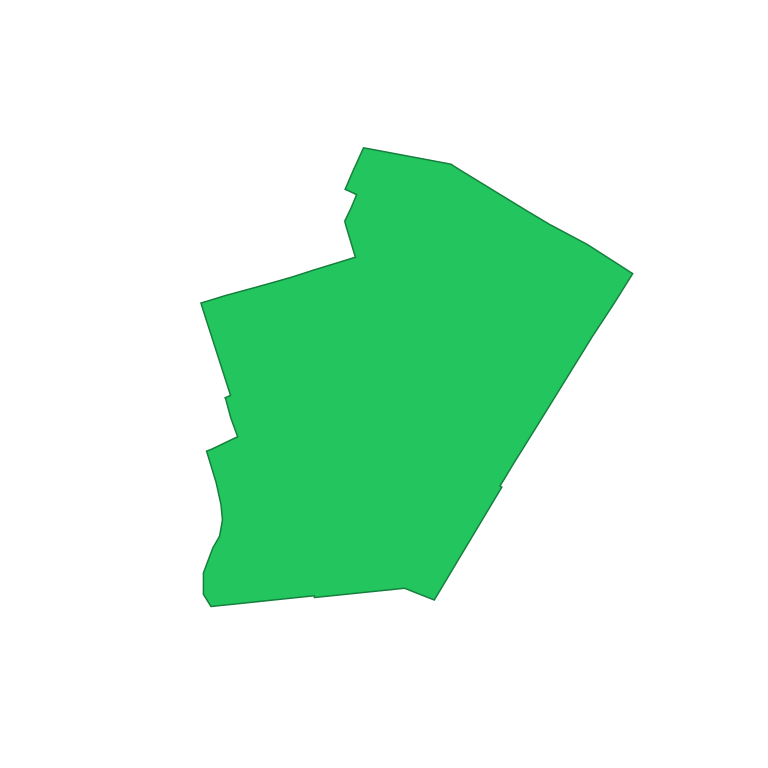 A L Labban, Al Iskandariyah, Egypt (Mercator projection), rotated 326°
{"feature_id": "37247803B27556754464057", "entity_name": "A L Labban", "entity_type": "district", "adm_level": 2, "iso_a3": "EGY", "parent_name": "Egypt", "parent_adm1": "Al Iskandariyah", "projection": "mercator", "projection_center": [29.891, 31.191], "detail": "fine", "context": "isolated", "style": "filled", "palette": "green", "viewbox_px": 768, "rotation_deg": 326, "n_neighbors": 0, "source": "geoboundaries", "source_scale": "gbopen_adm2", "svg_char_len": 1071}
<svg xmlns="http://www.w3.org/2000/svg" viewBox="0 0 768 768"><g transform="rotate(326 384 384)"><path d="M651.9,431.6L630.6,382.1L610.3,343.9L599.0,319.8L566.7,249.1L563.2,241.1L562.8,239.9L562.5,239.3L499.8,177.4L499.3,177.0L499.0,176.8L483.1,186.6L477.5,190.0L476.4,190.7L460.6,200.9L461.5,202.3L462.4,203.6L462.9,204.5L467.2,211.7L455.4,219.5L442.7,226.9L442.5,227.3L441.6,229.4L433.0,257.0L431.2,262.9L388.5,249.9L387.3,249.6L367.3,243.8L340.1,234.9L302.7,222.2L277.5,214.5L275.1,222.5L269.5,241.8L250.4,307.6L244.5,306.6L244.5,307.5L238.1,326.2L233.1,346.1L230.0,345.3L229.6,345.3L207.0,342.0L204.8,341.7L202.6,341.2L199.4,340.4L189.6,372.2L189.4,372.7L181.4,392.8L174.1,406.3L162.6,418.2L150.4,424.2L128.7,439.6L116.7,457.3L116.1,471.7L207.7,520.5L207.2,521.4L206.9,522.1L283.4,563.0L285.1,563.9L286.8,564.8L293.2,574.2L304.9,591.2L306.2,590.6L307.5,590.0L345.4,572.2L402.6,545.4L424.0,535.4L423.1,533.4L431.1,529.8L445.4,523.1L463.8,514.9L486.4,504.8L502.2,497.7L582.9,461.3L619.9,445.8L651.9,431.6Z" fill="#22c55e" stroke="#15803d" stroke-width="1.5"/></g></svg>